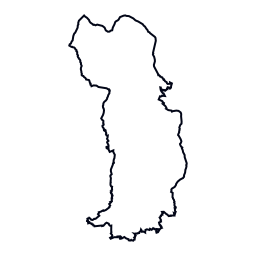 outline of Novaci, Gorj, Romania
{"feature_id": "2599482B17328442784912", "entity_name": "Novaci", "entity_type": "district", "adm_level": 2, "iso_a3": "ROU", "parent_name": "Romania", "parent_adm1": "Gorj", "projection": "equal_earth", "projection_center": [23.644, 45.237], "detail": "fine", "context": "isolated", "style": "outline", "palette": "ink", "viewbox_px": 256, "rotation_deg": 0, "n_neighbors": 0, "source": "geoboundaries", "source_scale": "gbopen_adm2", "svg_char_len": 5853}
<svg xmlns="http://www.w3.org/2000/svg" viewBox="0 0 256 256"><path d="M131.4,240.3L133.3,240.6L133.7,239.7L134.6,239.6L134.8,238.0L134.3,237.5L135.0,237.1L135.2,236.5L135.0,236.2L135.6,235.6L135.1,235.0L135.3,234.6L134.4,233.7L135.4,233.9L135.7,233.5L137.5,233.5L137.6,233.2L139.2,233.0L139.5,231.9L140.6,231.3L141.0,229.5L141.5,230.2L142.0,231.8L143.3,231.5L145.1,232.5L145.0,231.7L145.5,230.8L145.5,229.9L146.9,229.3L149.5,230.0L150.0,228.8L151.7,229.8L153.1,228.2L154.2,229.1L154.6,228.8L156.0,230.0L156.7,231.3L156.2,231.7L156.5,232.7L158.0,232.2L159.3,230.0L157.9,229.5L157.6,229.1L159.7,229.3L160.8,228.3L161.8,227.9L161.0,226.9L161.4,226.6L161.3,226.4L160.4,225.2L160.0,225.3L159.5,224.6L159.0,222.5L161.0,221.6L160.6,220.6L161.0,220.1L159.6,217.5L161.0,216.2L160.6,214.8L160.8,215.2L162.3,214.8L162.0,214.1L162.8,213.5L162.0,211.9L163.8,211.8L166.6,214.3L167.3,214.5L168.7,216.1L170.7,215.9L170.6,215.5L174.4,215.5L174.0,213.4L174.9,214.1L175.2,213.1L174.9,212.8L175.7,211.8L175.0,211.0L174.9,209.2L175.2,208.8L174.7,208.1L175.7,207.7L175.8,207.4L175.6,206.9L174.8,206.3L174.4,205.1L174.6,203.2L174.1,202.5L174.5,201.6L174.1,200.9L173.9,199.8L173.0,198.6L173.0,198.0L172.5,197.2L172.7,192.9L171.1,191.9L171.5,190.9L171.3,189.8L171.8,188.7L174.7,186.9L175.9,185.1L176.2,183.8L177.7,181.6L180.2,179.5L183.1,178.0L183.3,177.5L183.9,177.0L184.1,176.2L184.0,175.3L185.1,172.6L185.4,169.8L186.1,168.0L186.5,166.1L186.2,165.1L186.5,164.8L186.7,163.2L184.7,157.2L184.6,155.0L183.1,152.2L182.7,150.1L181.9,148.4L182.3,147.5L181.1,146.6L180.1,144.6L180.0,143.9L180.9,142.9L181.4,141.3L180.7,139.3L178.7,135.7L178.1,135.1L178.2,134.4L179.2,132.2L179.1,131.2L179.5,130.4L179.4,129.6L179.8,128.9L179.3,127.6L179.5,127.0L180.3,124.9L181.5,123.7L181.6,121.5L181.1,116.5L181.2,114.0L180.7,112.5L178.6,110.9L176.3,110.6L172.6,111.2L172.0,111.6L171.5,110.6L168.3,110.1L167.5,109.6L166.2,108.8L166.5,108.6L166.4,107.8L165.4,106.1L163.4,104.4L163.7,104.4L164.0,103.1L162.7,102.3L162.6,101.5L162.2,101.1L158.7,99.5L160.0,96.3L160.8,96.5L161.9,96.1L162.0,95.7L164.9,96.0L163.6,93.4L163.0,93.4L161.4,91.4L160.7,89.9L160.3,87.4L160.8,87.5L160.9,88.9L162.2,90.4L162.9,90.3L162.2,89.9L162.2,89.6L163.3,89.9L163.3,90.4L164.6,90.6L164.5,90.2L164.8,90.0L165.7,90.3L166.7,89.5L166.9,88.6L167.4,88.8L167.4,88.3L168.1,87.8L168.0,87.3L169.1,87.5L169.7,88.6L170.3,88.5L171.0,87.5L171.1,86.0L171.9,83.4L170.1,82.5L170.2,83.4L169.8,83.8L167.6,83.9L167.0,83.3L166.6,82.1L165.1,81.3L164.0,79.4L163.5,79.7L162.3,77.4L161.4,77.3L160.1,76.1L159.9,76.3L159.5,75.9L158.6,74.7L158.2,74.9L157.9,73.7L154.4,67.1L154.0,66.2L153.9,64.8L154.9,61.4L154.8,59.5L154.1,56.7L153.2,55.2L152.9,54.3L153.3,53.5L153.0,52.9L155.8,40.8L155.5,37.9L154.9,36.9L150.0,33.1L149.5,32.3L148.2,31.8L147.4,29.9L146.3,28.7L145.0,26.6L143.7,25.6L142.7,24.2L138.2,21.5L135.5,20.4L133.3,18.4L128.9,16.1L126.4,15.9L125.2,15.4L123.5,15.7L120.0,17.1L118.6,19.6L117.7,20.4L116.1,21.2L115.2,22.1L114.5,24.2L112.8,27.6L112.2,30.3L110.5,30.7L109.6,31.6L107.9,31.7L105.8,30.4L104.6,27.6L102.4,25.9L97.2,24.6L95.5,25.3L94.2,24.7L93.3,24.9L93.0,24.4L90.5,22.7L89.5,21.4L89.1,20.1L87.0,17.8L85.0,16.5L84.1,15.5L78.9,20.7L78.2,23.0L78.4,24.4L77.8,25.3L77.6,27.7L75.2,32.7L74.3,33.5L73.9,34.4L73.3,36.1L72.6,40.5L71.7,41.4L70.9,43.5L69.7,44.3L69.3,45.6L71.5,46.9L72.2,46.8L72.6,47.2L74.0,47.4L75.2,48.5L75.4,49.4L76.4,50.0L76.6,50.7L76.4,51.3L77.2,52.0L77.2,54.4L78.0,55.3L77.7,56.3L78.1,57.3L78.8,58.0L78.8,58.6L79.9,59.6L80.4,61.0L80.2,61.9L81.0,63.0L80.9,64.2L81.7,65.9L81.1,67.3L80.8,69.0L81.4,71.7L81.4,72.6L81.9,73.8L81.6,74.9L82.3,75.7L83.4,76.0L84.0,77.0L85.2,77.8L85.9,78.7L86.1,79.5L88.9,80.0L89.3,80.6L90.0,83.1L90.6,83.5L90.4,84.7L91.3,85.4L91.5,86.2L93.6,85.4L96.5,85.6L98.5,87.0L106.7,88.3L107.8,89.1L109.0,89.3L109.1,90.3L109.7,90.3L109.8,90.9L109.4,91.9L109.4,93.2L108.2,95.2L107.9,96.6L107.2,97.7L107.1,98.8L105.9,100.5L104.3,101.8L103.4,103.3L103.2,105.4L102.9,105.8L102.9,106.4L103.1,107.8L103.6,108.3L104.0,110.3L103.7,112.8L103.0,115.0L101.2,118.4L102.1,119.8L103.3,120.7L103.4,122.1L103.1,123.0L103.7,124.2L103.5,125.0L102.5,125.6L102.4,126.0L102.8,127.3L103.7,128.3L104.0,130.4L104.3,130.6L104.9,129.8L105.6,130.3L105.7,131.7L106.3,133.2L105.9,134.1L106.5,135.4L107.0,135.7L107.8,135.5L107.5,137.8L107.0,138.8L108.4,140.9L107.3,141.8L107.1,142.4L108.4,144.9L108.6,146.1L108.1,146.9L107.2,146.7L106.5,146.9L106.5,147.9L107.3,148.6L108.5,148.3L108.6,149.6L109.7,151.9L113.3,150.4L113.2,151.8L114.8,154.8L114.4,158.2L113.9,159.2L113.5,161.3L113.9,162.5L113.5,162.7L113.7,163.1L112.9,163.7L112.9,164.5L110.9,169.5L110.9,171.4L111.7,174.2L110.4,175.5L110.3,176.1L110.9,178.2L110.6,181.3L110.8,182.3L110.5,182.7L110.5,185.0L111.1,186.3L112.1,186.7L111.9,187.8L112.1,189.8L111.4,190.4L111.6,190.9L111.2,191.1L111.6,191.4L111.3,192.3L110.8,192.6L111.1,193.5L111.9,193.9L112.5,195.5L111.9,195.6L111.9,195.9L112.1,198.3L111.6,198.3L111.6,198.6L111.9,201.2L110.4,201.9L110.9,202.4L109.2,204.0L110.2,205.5L109.1,207.1L109.3,207.4L106.0,209.9L103.7,210.9L103.4,210.9L103.2,210.4L102.6,210.6L101.0,211.6L98.9,212.2L99.1,212.7L98.0,214.1L99.3,215.7L95.7,218.7L94.6,219.0L94.2,218.8L92.8,219.9L92.2,220.0L91.0,219.6L90.5,218.8L89.2,217.8L88.9,218.3L88.1,218.3L87.4,218.7L88.0,220.6L86.3,220.8L89.1,221.9L89.0,222.5L88.1,222.7L88.2,223.3L89.7,222.6L90.0,223.2L91.5,223.5L91.4,223.9L91.9,224.3L92.9,224.4L93.2,225.4L94.3,225.6L94.5,226.3L101.8,225.5L102.5,225.5L102.4,226.0L103.4,225.8L105.5,223.4L106.6,222.7L108.8,223.7L108.9,224.5L109.8,225.6L110.5,225.8L111.3,225.6L111.2,230.7L111.4,231.2L111.2,231.8L111.4,232.5L110.8,233.5L112.0,234.8L112.3,235.7L111.7,236.9L110.1,237.8L110.7,238.7L114.2,237.2L117.6,237.2L117.5,236.5L120.4,236.3L120.9,236.8L119.8,238.1L120.1,238.8L121.7,238.5L124.3,237.0L126.3,238.5L128.5,239.2L128.7,240.3L130.1,240.6L131.1,239.9L131.4,240.3Z" fill="none" stroke="#020617" stroke-width="2"/></svg>